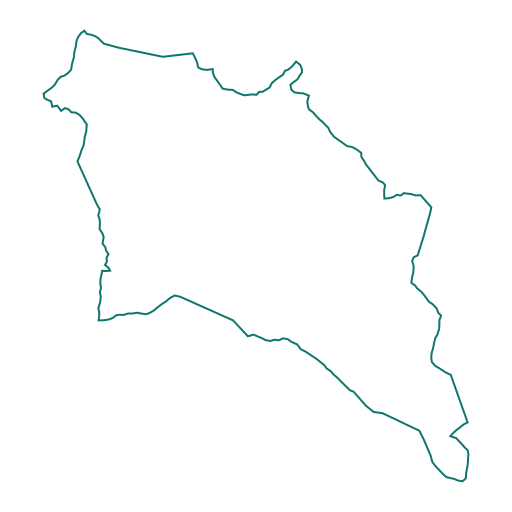 outline of Pedro Alexandre, Bahia, Brazil
{"feature_id": "56859067B11615290861322", "entity_name": "Pedro Alexandre", "entity_type": "district", "adm_level": 2, "iso_a3": "BRA", "parent_name": "Brazil", "parent_adm1": "Bahia", "projection": "orthographic", "projection_center": [-37.944, -10.088], "detail": "fine", "context": "isolated", "style": "outline", "palette": "teal", "viewbox_px": 512, "rotation_deg": 0, "n_neighbors": 0, "source": "geoboundaries", "source_scale": "gbopen_adm2", "svg_char_len": 3326}
<svg xmlns="http://www.w3.org/2000/svg" viewBox="0 0 512 512"><path d="M192.8,53.3L162.8,56.8L118.6,47.7L104.0,43.7L101.2,41.1L98.2,38.1L95.4,36.3L91.1,34.7L86.9,34.0L84.4,30.7L81.0,33.1L78.1,37.1L76.4,41.3L76.0,45.7L75.0,49.4L74.2,53.3L73.8,57.9L72.6,61.8L71.8,65.1L71.1,69.8L67.7,73.3L64.3,75.7L60.5,76.9L57.8,79.7L56.2,82.4L54.1,85.5L51.3,88.0L46.9,91.2L43.6,93.7L44.4,98.1L47.1,99.7L51.1,101.3L52.2,106.7L57.3,105.7L61.1,110.9L64.9,108.1L68.7,109.4L71.4,112.3L75.6,112.6L79.3,114.7L82.7,118.4L84.8,121.6L86.8,124.4L86.4,128.3L86.2,131.8L84.9,136.3L84.4,139.8L83.6,145.4L81.5,150.1L80.3,154.2L78.7,158.4L77.5,161.5L95.9,202.2L97.9,206.3L99.8,209.2L99.1,212.5L98.2,215.6L99.5,218.7L99.9,222.2L99.8,225.4L99.6,229.1L102.5,233.5L103.7,237.2L103.0,240.5L102.6,243.9L105.2,246.9L106.1,250.6L108.5,254.3L106.6,257.4L106.9,261.7L105.0,265.0L108.5,267.8L110.0,270.7L105.8,271.0L102.2,270.8L101.5,274.5L100.5,279.0L100.3,283.6L101.0,288.0L99.9,292.1L100.8,296.8L100.3,301.3L99.2,305.4L98.3,308.5L99.2,311.6L99.2,316.3L98.6,320.3L102.5,320.3L105.7,320.0L109.8,319.2L113.1,317.7L115.7,315.6L118.7,314.8L123.8,314.9L128.1,313.5L132.2,313.5L137.7,312.7L141.4,313.6L146.4,314.2L150.3,312.6L153.7,310.6L158.8,306.4L162.4,303.7L165.8,301.6L169.0,298.8L171.6,297.1L174.8,295.5L180.1,296.7L233.1,320.4L247.9,336.3L253.4,334.6L262.6,338.5L265.5,340.1L270.6,341.0L274.5,339.7L278.7,340.3L283.0,338.4L287.7,339.1L291.3,341.8L297.1,344.4L301.0,349.4L305.4,351.5L317.1,359.3L324.3,365.2L326.5,368.3L331.2,371.6L333.3,374.3L336.8,377.2L341.8,382.3L350.1,390.4L353.5,391.6L362.9,402.3L366.1,405.9L373.7,412.0L382.5,413.2L419.3,430.7L423.2,438.4L424.5,441.3L430.5,455.3L432.4,462.1L435.1,465.6L437.4,468.2L440.1,471.0L443.1,474.2L446.6,477.2L450.9,478.2L454.1,478.9L458.2,480.6L462.5,481.3L465.8,478.4L466.2,472.3L467.4,466.9L468.0,461.4L468.1,457.9L468.4,454.0L467.7,450.4L464.5,447.2L460.8,443.0L456.1,438.1L450.4,436.2L452.7,433.5L456.5,430.0L460.2,427.2L463.5,424.5L467.6,422.4L450.8,374.9L446.0,372.6L442.0,370.1L439.1,368.1L435.5,366.1L431.9,362.1L431.2,357.6L431.7,352.9L433.1,348.1L434.4,341.5L435.2,338.2L437.4,334.7L439.1,329.1L439.4,324.1L439.4,320.1L441.1,315.6L438.4,313.0L436.5,308.1L432.4,304.0L429.0,301.8L426.5,298.4L423.6,294.4L420.9,291.4L417.0,288.3L415.3,285.7L411.4,282.9L411.9,278.0L413.3,272.6L413.7,266.4L412.2,261.0L413.6,257.4L417.7,255.3L423.5,236.7L430.1,213.1L431.3,207.3L420.6,195.2L415.5,195.4L410.9,194.0L407.5,193.7L403.9,193.1L400.7,195.5L396.9,194.8L393.0,197.2L388.1,198.3L384.4,198.5L384.2,194.9L384.2,190.0L385.2,185.3L382.8,182.4L378.4,180.5L368.6,167.8L365.9,164.4L363.9,160.6L361.4,157.0L361.2,152.9L356.6,149.4L352.1,147.0L347.2,146.1L334.0,136.8L330.1,131.8L328.3,127.8L324.8,124.3L322.6,122.0L319.6,119.5L316.5,116.4L313.1,112.4L309.0,109.3L307.9,106.3L307.3,101.7L308.9,95.6L303.4,93.4L299.0,93.1L294.3,92.3L291.3,89.6L290.4,84.8L293.2,82.4L297.6,79.2L299.8,75.4L301.9,72.5L301.9,69.1L300.2,64.9L296.1,61.6L291.7,66.8L288.1,69.7L284.9,70.8L283.0,74.7L279.2,77.2L274.6,80.6L271.7,83.3L269.7,87.4L266.1,89.6L262.8,91.7L259.2,91.9L256.4,94.8L252.6,94.4L248.4,94.8L244.5,95.3L240.8,94.1L236.5,92.4L232.8,89.9L227.7,89.6L222.7,88.7L220.2,85.1L217.5,81.3L214.2,76.5L212.9,72.8L212.7,69.1L206.9,69.9L202.0,69.3L198.1,67.4L197.1,62.3L194.7,57.1L192.8,53.3Z" fill="none" stroke="#0f766e" stroke-width="2"/></svg>